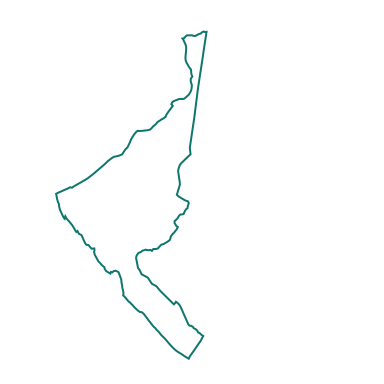 the district of Acaraú, Ceará, Brazil, rotated 224°
{"feature_id": "56859067B6920574376771", "entity_name": "Acaraú", "entity_type": "district", "adm_level": 2, "iso_a3": "BRA", "parent_name": "Brazil", "parent_adm1": "Ceará", "projection": "albers", "projection_center": [-40.098, -3.061], "detail": "fine", "context": "isolated", "style": "outline", "palette": "teal", "viewbox_px": 384, "rotation_deg": 224, "n_neighbors": 0, "source": "geoboundaries", "source_scale": "gbopen_adm2", "svg_char_len": 3957}
<svg xmlns="http://www.w3.org/2000/svg" viewBox="0 0 384 384"><g transform="rotate(224 192 192)"><path d="M288.5,96.3L286.2,94.7L284.4,93.4L282.3,92.2L281.0,91.5L279.5,91.0L277.1,89.0L274.6,87.5L270.1,85.7L266.4,84.4L265.0,84.3L266.2,86.5L264.0,85.8L261.8,85.6L260.0,85.5L257.6,85.2L255.6,85.0L254.2,84.7L251.0,83.8L249.1,83.2L247.5,82.9L247.3,84.4L244.5,83.4L243.0,83.8L241.4,84.2L238.7,83.1L236.6,82.2L235.2,81.7L233.5,81.0L231.3,80.7L229.7,81.9L226.9,81.6L224.8,81.5L223.1,83.5L221.7,82.4L220.7,80.8L218.5,79.4L213.3,77.7L211.2,77.1L209.6,77.1L206.4,76.8L204.8,76.8L202.8,77.1L201.4,76.0L198.5,75.5L196.4,76.0L194.0,76.6L194.8,78.2L193.5,78.8L193.4,80.7L192.1,82.4L189.3,83.3L187.8,82.7L186.2,81.9L183.7,80.7L181.9,79.8L180.0,78.0L177.7,76.5L176.3,75.3L175.1,74.4L173.8,73.6L172.1,72.5L170.6,71.2L169.7,69.8L167.8,69.8L166.2,69.7L164.6,69.5L163.1,69.4L161.7,69.1L159.8,69.5L157.9,69.3L156.2,69.4L154.2,69.1L152.5,69.1L150.5,69.1L148.6,69.1L146.4,69.4L144.5,70.7L141.9,70.8L136.2,69.9L134.7,69.6L132.2,69.3L130.8,69.1L129.0,68.8L127.1,68.6L125.7,68.5L124.0,68.6L121.2,68.2L119.1,68.3L116.1,67.9L114.3,67.7L111.6,67.7L109.9,67.7L108.5,67.6L106.6,67.4L104.5,67.2L102.6,67.0L100.0,66.8L97.3,66.7L93.9,66.8L91.6,67.1L88.7,67.7L87.2,68.1L83.3,68.7L81.4,69.1L79.9,69.6L78.5,69.8L79.4,72.3L80.0,76.3L80.3,78.4L81.6,86.1L82.4,91.1L83.9,96.2L86.0,95.8L88.6,95.8L90.2,95.2L92.0,96.0L94.1,95.9L96.1,95.2L97.5,95.6L99.5,95.2L101.0,94.1L102.6,94.2L119.5,101.1L121.6,101.8L123.1,102.1L124.8,102.2L127.3,101.9L127.0,100.1L127.0,98.6L146.0,98.8L152.3,99.5L157.1,98.1L164.3,99.7L171.2,97.8L173.2,98.6L175.9,99.6L178.0,99.8L186.4,105.7L187.5,107.4L187.9,109.0L188.2,111.0L187.1,113.3L186.9,115.3L186.2,116.6L185.3,118.3L183.6,119.3L182.5,120.2L181.5,121.6L179.9,121.8L180.2,124.1L178.4,125.9L177.3,127.8L177.5,130.1L177.5,132.8L176.6,134.2L176.0,135.8L175.6,137.3L175.0,139.7L174.6,141.7L175.1,143.2L176.2,145.0L176.6,146.7L176.8,148.7L176.6,150.3L176.9,151.8L177.0,154.2L177.8,156.9L179.7,156.7L181.1,157.1L183.1,157.6L184.3,159.0L184.1,161.2L184.2,163.6L184.8,165.8L184.7,167.8L183.7,168.9L182.7,170.2L183.2,171.6L183.9,173.5L184.3,175.6L184.0,177.3L185.2,178.8L185.8,180.3L186.6,181.8L188.3,182.5L191.1,181.2L194.4,180.4L195.7,180.1L198.6,179.5L201.0,179.5L201.8,181.2L202.8,182.9L203.7,184.8L204.6,186.5L205.3,187.9L206.2,189.3L207.5,190.4L209.1,191.7L211.0,193.1L212.3,194.1L213.5,195.1L214.6,195.9L216.0,197.0L217.3,198.4L218.4,200.5L219.4,202.7L219.8,205.2L219.6,207.9L219.6,210.3L219.5,212.8L219.4,214.9L219.3,216.5L219.2,218.1L224.3,222.3L242.1,247.2L259.1,269.9L264.8,277.9L279.3,298.4L280.6,300.1L292.8,317.3L293.8,316.1L295.1,315.5L295.8,313.7L295.8,312.0L296.8,310.4L297.4,308.5L298.1,306.3L299.3,305.4L300.9,304.7L302.3,303.3L304.4,301.2L304.7,299.3L304.5,297.4L305.5,295.8L303.6,295.4L301.8,294.6L300.4,294.1L298.5,293.3L296.4,291.8L295.1,290.3L293.9,288.9L292.7,287.3L291.1,285.4L289.8,283.8L288.0,282.3L285.7,281.2L284.0,280.8L282.0,280.1L279.7,279.6L277.9,279.4L276.4,278.2L275.4,277.2L273.5,275.9L271.9,275.3L271.7,272.9L270.2,271.0L268.3,269.9L266.4,268.8L265.2,267.5L263.7,265.4L262.8,263.4L262.2,261.3L261.9,259.5L262.1,257.2L262.2,255.6L262.3,254.0L263.2,252.5L264.6,251.3L265.8,250.1L266.6,248.3L267.3,246.9L268.2,244.9L268.6,242.9L267.9,240.9L265.7,240.6L265.0,235.6L264.7,233.3L264.1,229.7L263.2,227.7L263.5,225.8L264.3,223.2L264.7,221.3L265.4,218.3L265.1,216.0L265.4,213.6L265.5,212.2L265.4,209.0L265.7,207.4L267.1,205.3L270.3,201.4L271.3,200.3L273.7,198.0L273.9,196.4L273.7,194.8L273.6,192.9L273.1,190.6L272.4,187.5L271.1,184.5L270.3,181.9L269.4,179.3L269.5,176.4L269.1,174.0L268.4,170.6L269.1,168.9L270.2,166.6L272.6,163.1L273.3,160.5L273.7,157.5L274.0,156.0L274.1,151.2L274.3,149.5L274.5,147.0L275.1,141.3L275.5,136.5L276.0,133.2L276.2,131.7L276.6,129.1L277.2,126.7L277.7,125.0L278.1,123.6L278.7,121.4L280.1,116.8L280.9,114.0L281.3,111.7L283.0,110.7L283.5,108.9L287.7,98.7L288.5,96.3Z" fill="none" stroke="#0f766e" stroke-width="2"/></g></svg>